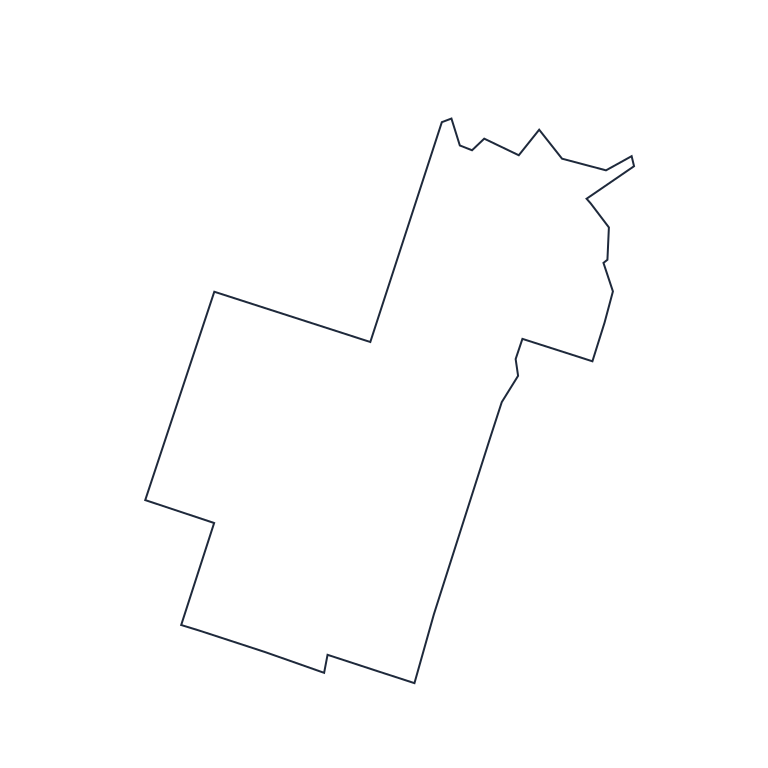 the district of Clay, Mississippi, United States of America, rotated 288°
{"feature_id": "52423323B83760027582767", "entity_name": "Clay", "entity_type": "district", "adm_level": 2, "iso_a3": "USA", "parent_name": "United States of America", "parent_adm1": "Mississippi", "projection": "mercator", "projection_center": [-88.697, 33.659], "detail": "fine", "context": "isolated", "style": "outline", "palette": "slate", "viewbox_px": 768, "rotation_deg": 288, "n_neighbors": 0, "source": "geoboundaries", "source_scale": "gbopen_adm2", "svg_char_len": 606}
<svg xmlns="http://www.w3.org/2000/svg" viewBox="0 0 768 768"><g transform="rotate(288 384 384)"><path d="M470.0,575.2L510.5,574.8L542.8,573.1L567.0,555.3L571.2,558.1L602.4,549.5L619.6,524.8L622.8,519.4L668.4,554.5L677.2,549.1L655.8,529.1L653.3,483.7L673.8,453.0L643.2,441.5L648.3,403.5L633.5,395.5L634.3,382.4L657.3,366.1L650.9,358.1L419.7,358.0L419.3,194.1L199.8,192.8L199.3,265.4L92.1,265.6L92.4,284.0L92.3,354.0L90.8,416.3L109.0,414.0L108.9,466.9L108.9,505.4L180.4,502.6L366.7,501.6L403.2,501.6L433.2,509.0L448.4,501.5L469.7,501.7L470.0,575.2Z" fill="none" stroke="#1e293b" stroke-width="2"/></g></svg>